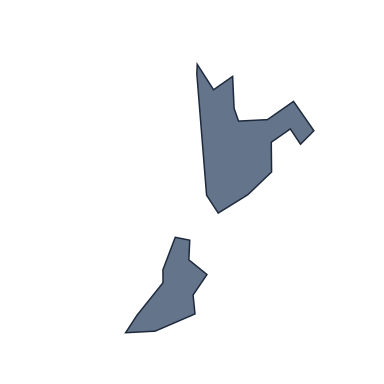 East End, Mercator projection, rotated 145°
{"feature_id": "AIA-5115", "entity_name": "East End", "entity_type": "District", "adm_level": 1, "iso_a3": "AIA", "parent_name": "Anguilla", "parent_adm1": "", "projection": "mercator", "projection_center": [-62.977, 18.266], "detail": "fine", "context": "isolated", "style": "filled", "palette": "slate", "viewbox_px": 384, "rotation_deg": 145, "n_neighbors": 0, "source": "natural_earth", "source_scale": "10m", "svg_char_len": 510}
<svg xmlns="http://www.w3.org/2000/svg" viewBox="0 0 384 384"><g transform="rotate(145 192 192)"><path d="M57.0,172.3L75.7,168.9L75.3,187.3L98.5,187.3L115.3,162.8L147.7,157.8L182.6,159.7L181.9,181.0L120.3,286.0L114.5,293.6L115.7,263.4L92.4,263.4L109.6,236.3L113.2,223.4L88.7,208.0L56.9,208.0L57.0,172.3ZM227.1,115.8L250.2,107.0L259.5,90.4L302.1,99.2L327.1,114.8L307.7,122.6L267.8,134.3L260.4,145.0L231.7,164.5L221.5,153.8L233.5,138.2L227.1,115.8Z" fill="#64748b" stroke="#1e293b" stroke-width="1.5"/></g></svg>